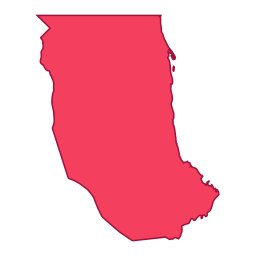 Red Sea, Equal Earth projection
{"feature_id": "SDN-149", "entity_name": "Red Sea", "entity_type": "State", "adm_level": 1, "iso_a3": "SDN", "parent_name": "Sudan", "parent_adm1": "", "projection": "equal_earth", "projection_center": [36.534, 19.492], "detail": "fine", "context": "isolated", "style": "filled", "palette": "rose", "viewbox_px": 256, "rotation_deg": 0, "n_neighbors": 0, "source": "natural_earth", "source_scale": "10m", "svg_char_len": 4735}
<svg xmlns="http://www.w3.org/2000/svg" viewBox="0 0 256 256"><path d="M218.9,194.6L214.1,199.8L213.2,201.6L211.2,208.5L210.2,210.4L209.6,211.1L207.9,212.2L207.3,212.8L207.1,213.7L207.2,214.7L207.1,215.6L206.5,216.3L205.7,216.5L205.2,216.0L204.6,215.3L204.1,214.9L202.9,215.4L202.7,215.4L202.6,215.8L202.6,216.1L202.7,216.4L202.7,216.9L202.3,217.8L201.8,218.4L201.3,218.4L201.1,217.4L201.1,216.5L201.1,215.8L200.8,215.3L200.0,215.3L199.2,215.7L196.9,217.7L195.8,219.4L195.2,220.1L194.4,220.3L193.6,220.0L192.6,218.8L191.9,218.5L190.7,219.3L189.3,222.8L187.9,223.7L186.5,223.9L182.1,225.7L181.7,226.0L181.6,226.5L182.0,228.6L182.0,229.4L181.9,231.3L181.7,232.2L180.9,233.9L180.8,235.0L180.5,235.9L178.6,238.8L175.5,237.6L174.5,237.7L172.9,239.0L171.9,239.1L171.4,239.0L169.5,239.4L169.2,239.3L167.9,238.3L167.5,238.1L166.7,237.9L166.1,237.6L165.6,237.2L165.0,236.9L164.3,237.0L164.1,237.3L133.2,240.6L132.6,240.6L131.7,240.2L119.7,232.1L103.1,217.7L101.8,216.1L101.3,215.2L98.0,208.5L93.7,197.6L93.0,196.4L91.8,194.6L87.8,189.7L80.0,183.8L73.8,180.3L68.9,178.5L68.4,178.1L68.1,177.5L52.5,128.7L52.4,128.1L52.5,127.7L52.6,127.4L53.7,124.3L54.1,122.2L54.2,121.1L54.2,119.0L53.7,111.7L52.2,104.9L51.9,102.4L52.0,98.9L52.6,94.2L53.4,91.7L53.9,90.5L54.0,90.3L54.0,90.1L53.7,89.5L53.6,89.2L53.6,88.8L53.6,86.1L53.8,84.2L53.8,83.8L53.8,83.4L53.6,82.4L53.2,80.9L52.6,79.3L52.2,78.6L51.6,76.9L51.5,76.5L51.3,76.2L51.0,75.9L50.9,75.7L50.2,74.2L49.6,71.8L49.5,71.6L49.3,71.2L49.2,71.1L48.8,70.9L47.3,70.5L46.9,70.4L46.6,70.2L46.3,69.9L45.7,69.4L45.5,69.1L43.5,65.5L43.1,65.1L41.3,63.7L41.0,63.4L40.9,63.2L40.5,62.3L40.4,62.1L40.3,61.8L40.3,61.5L40.4,60.6L40.5,60.0L41.1,57.8L41.3,56.8L41.3,55.3L41.1,52.1L41.2,51.8L41.3,51.4L42.4,49.7L42.6,49.3L42.8,48.8L42.9,48.4L43.2,46.8L43.2,46.2L43.2,45.7L43.1,44.9L42.9,44.0L42.8,43.8L42.8,41.8L42.8,41.3L42.5,40.4L42.4,40.2L42.1,39.7L41.7,39.3L41.1,38.5L40.7,37.6L50.1,28.1L37.1,15.4L37.8,15.4L44.8,15.4L52.5,15.4L60.3,15.4L67.5,15.4L67.8,15.4L68.0,15.4L75.8,15.4L83.5,15.4L91.2,15.4L99.0,15.4L106.7,15.4L114.4,15.4L122.2,15.4L129.9,15.4L137.7,15.4L145.4,15.4L153.1,15.4L160.9,15.4L160.8,16.0L160.7,16.2L160.6,16.3L160.1,16.4L159.5,16.7L160.3,17.4L160.6,18.0L160.6,23.4L161.4,29.5L161.1,30.8L161.5,31.2L161.6,31.7L161.7,32.3L161.9,32.8L162.2,33.2L162.5,33.7L164.3,39.0L168.6,47.4L171.5,50.8L175.0,56.5L175.3,57.3L175.2,58.2L175.0,58.9L174.5,59.3L173.9,59.0L173.2,59.6L172.6,59.0L171.7,57.0L171.5,56.6L171.2,56.0L171.1,55.5L171.4,55.3L171.8,55.4L172.0,55.8L172.2,56.3L172.4,56.7L173.2,57.4L173.6,57.6L173.9,57.4L173.8,57.1L173.0,55.9L172.5,54.1L172.1,53.5L171.6,53.7L170.7,52.8L170.4,53.3L170.1,53.2L169.9,52.8L169.8,52.2L169.9,51.7L170.1,51.1L170.1,50.6L169.8,50.1L168.9,49.8L168.3,50.6L168.1,51.8L168.2,52.8L168.4,53.1L168.8,53.1L168.8,53.4L168.7,54.0L168.6,54.3L168.8,55.5L168.8,56.0L168.6,56.5L168.3,56.9L167.9,57.1L167.7,57.3L167.7,58.0L167.9,58.4L168.9,59.9L169.7,62.5L170.2,65.3L170.5,71.2L171.0,74.0L172.5,79.4L172.6,82.3L172.5,83.0L172.3,83.7L172.0,84.1L170.9,83.9L170.8,84.5L171.0,85.8L170.7,89.0L171.0,90.8L171.0,91.5L171.8,94.1L172.0,95.7L172.2,97.2L172.4,99.3L171.9,101.0L171.9,101.3L171.8,101.8L171.4,102.5L171.2,102.9L171.2,104.1L171.4,105.6L173.6,112.8L173.8,114.3L173.8,117.2L173.7,118.0L173.5,118.5L173.0,119.5L172.9,120.2L173.1,122.9L173.1,123.8L173.1,124.1L173.3,124.6L173.8,125.7L174.5,128.3L175.8,137.9L176.1,142.5L176.2,143.1L176.5,143.4L176.8,143.6L177.0,143.9L177.0,144.2L176.9,144.8L176.8,145.1L177.7,146.6L178.1,148.8L178.8,151.7L179.2,153.6L179.5,156.0L180.0,156.8L180.7,158.5L181.5,160.2L182.6,161.5L182.8,162.0L183.1,162.5L183.4,162.8L183.9,162.6L184.2,162.3L184.5,162.4L186.5,162.0L187.6,161.4L187.8,162.2L188.5,162.7L189.1,162.9L189.8,162.8L190.0,163.4L190.1,164.1L190.7,164.7L190.4,166.5L190.9,166.1L191.3,165.9L191.7,166.3L192.2,167.1L196.0,168.4L197.4,170.2L198.4,172.2L199.8,174.0L200.8,174.8L202.2,175.6L202.7,176.2L202.2,177.0L201.4,177.6L201.1,179.1L202.1,181.7L203.7,183.6L205.5,184.1L206.8,183.8L207.0,182.2L207.7,181.9L208.9,181.0L209.1,181.5L208.8,181.9L208.3,182.2L208.0,182.5L207.9,182.9L208.0,183.4L207.9,183.9L207.5,184.4L207.0,184.6L206.5,184.6L206.2,184.6L205.9,185.0L206.3,185.0L207.5,184.7L208.0,184.8L208.3,185.1L208.5,185.4L208.9,185.6L209.3,185.8L210.3,185.9L210.7,186.1L211.2,186.2L211.6,186.0L211.6,185.7L211.2,185.4L211.8,184.7L212.4,185.6L213.5,187.8L213.2,188.4L213.8,188.9L214.6,189.0L215.1,188.5L215.5,189.2L215.6,191.0L215.8,191.5L216.5,191.7L216.8,191.0L216.8,190.0L216.3,189.1L216.9,189.5L218.3,191.4L218.5,192.1L218.5,192.8L218.6,193.2L218.9,194.2L218.9,194.6ZM173.7,66.4L174.0,66.7L174.2,66.8L174.3,67.4L173.9,70.3L173.7,71.1L173.3,71.1L173.0,70.0L173.0,68.6L173.2,67.3L173.7,66.4Z" fill="#f43f5e" stroke="#9f1239" stroke-width="1.5"/></svg>